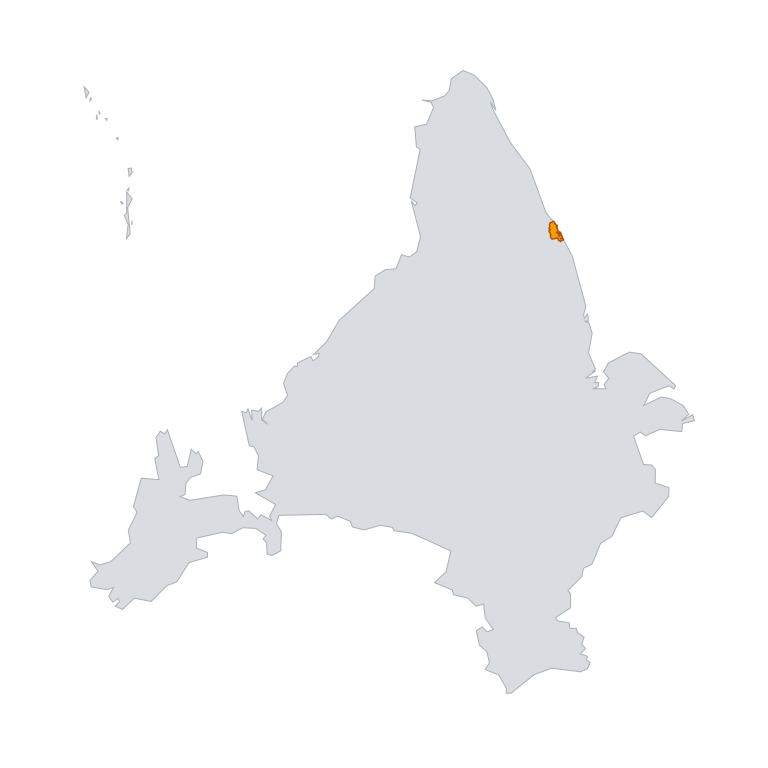 India, with Goa highlighted, rotated 176°
{"feature_id": "IND-3265", "entity_name": "Goa", "entity_type": "State", "adm_level": 1, "iso_a3": "IND", "parent_name": "India", "parent_adm1": "", "projection": "albers", "projection_center": [74.008, 15.335], "detail": "fine", "context": "in_parent", "style": "filled", "palette": "amber", "viewbox_px": 768, "rotation_deg": 176, "n_neighbors": 0, "source": "natural_earth", "source_scale": "10m", "svg_char_len": 5907}
<svg xmlns="http://www.w3.org/2000/svg" viewBox="0 0 768 768"><g transform="rotate(176 384 384)"><path d="M76.9,325.8L88.9,323.6L90.3,315.7L112.1,319.5L126.9,314.1L131.7,318.2L138.7,314.6L130.7,285.6L122.6,284.5L119.2,279.8L120.4,266.3L107.0,260.7L107.8,252.1L126.4,232.0L134.6,239.3L157.2,233.9L167.2,216.2L179.0,210.0L189.1,189.7L198.0,186.2L199.8,178.6L215.0,165.2L212.6,161.9L213.4,147.8L229.2,139.0L227.3,135.5L216.0,132.9L215.5,127.1L209.2,126.9L208.1,122.0L202.0,117.6L205.0,110.7L201.4,106.0L207.0,101.1L200.0,98.2L201.4,94.7L197.7,91.6L201.1,85.7L208.0,83.2L236.7,88.8L254.6,83.5L278.8,66.7L283.7,67.0L283.2,71.9L289.9,85.8L303.1,92.1L298.3,98.5L300.0,109.7L307.0,116.8L309.1,131.5L303.0,134.8L298.4,129.6L292.0,131.4L299.4,143.7L299.9,157.7L307.4,155.8L315.6,164.7L329.3,168.9L330.3,173.8L347.5,182.3L335.2,192.4L328.9,212.8L366.9,233.2L384.4,237.0L385.7,240.4L397.5,243.3L414.3,239.8L425.4,243.6L427.3,249.4L439.3,255.4L446.1,253.0L451.2,258.0L498.0,260.3L501.0,252.3L496.6,243.3L498.7,224.7L507.7,220.8L512.5,222.5L512.1,233.5L515.4,237.9L512.4,241.3L521.6,248.8L534.8,250.5L546.7,245.3L555.2,247.4L581.6,243.4L582.5,233.4L571.8,228.2L572.2,223.6L591.1,219.3L604.4,201.2L614.8,198.0L631.5,183.3L648.0,187.8L660.5,177.3L667.6,181.1L663.2,185.3L663.8,188.8L669.8,185.3L673.4,191.4L668.0,200.0L674.6,198.2L690.2,202.0L691.1,208.3L682.4,217.2L688.2,227.3L680.0,223.3L668.8,226.0L648.0,243.2L649.3,255.8L639.2,273.3L642.5,279.2L632.7,307.0L615.2,304.3L617.9,325.5L613.8,328.2L615.2,346.5L610.4,352.5L606.1,349.6L603.3,353.4L592.9,315.0L586.1,315.5L580.8,332.2L576.4,327.5L574.0,329.8L570.0,319.2L573.3,307.2L584.0,304.0L588.4,298.7L590.2,287.7L595.2,285.8L585.8,281.5L551.7,284.5L538.6,282.4L537.3,267.6L533.6,261.7L531.4,266.6L527.6,266.9L519.5,258.2L515.8,262.1L505.6,255.7L507.4,260.0L500.6,271.4L519.9,284.4L509.5,286.8L501.1,300.2L516.6,307.2L514.2,321.2L518.2,330.5L522.7,331.8L527.8,366.7L523.4,364.9L521.3,368.8L518.2,356.6L517.7,367.3L511.1,365.5L507.7,368.5L508.6,356.8L502.7,351.8L507.8,357.3L503.7,364.4L485.8,373.0L481.0,379.4L484.2,391.6L479.8,400.8L472.1,408.3L469.2,407.4L468.7,411.1L455.0,416.5L453.2,412.1L447.8,415.4L446.5,419.2L452.2,418.2L438.1,430.5L424.4,450.5L387.1,479.8L385.3,492.3L374.5,498.0L363.9,498.2L357.5,511.8L350.0,508.9L342.2,513.4L337.3,528.3L344.0,564.9L340.5,559.7L338.4,562.3L344.9,567.8L331.5,615.6L335.1,618.1L335.4,638.3L323.5,640.2L315.3,656.3L317.3,661.6L326.3,664.6L316.4,663.1L303.6,667.2L298.4,672.2L295.6,683.9L283.2,691.2L272.7,685.9L260.7,672.5L255.3,659.9L253.3,649.0L258.4,657.9L255.7,649.1L241.1,616.0L223.3,588.3L210.5,543.6L200.8,530.2L198.2,516.6L194.8,515.5L187.2,498.1L177.2,447.5L180.1,438.8L179.4,435.7L176.3,439.8L175.6,437.4L175.9,432.3L179.7,432.8L175.4,430.8L172.8,420.0L177.8,400.6L172.1,384.4L174.5,382.2L171.8,382.4L182.7,375.8L170.4,377.0L173.8,370.6L169.9,370.5L170.6,366.3L176.2,364.7L162.7,363.7L164.6,367.9L159.4,374.0L164.1,380.7L158.8,389.3L137.2,398.7L125.5,396.2L93.3,362.1L95.1,358.8L99.9,362.4L119.5,356.2L126.4,344.4L108.5,351.7L99.3,349.5L86.7,341.3L82.1,332.5L90.0,326.2L78.2,331.8L76.9,325.8ZM627.3,593.7L622.3,586.3L627.4,577.7L626.7,551.4L630.9,546.7L628.1,561.0L631.3,570.1L628.7,572.7L627.3,593.7ZM661.2,690.1L662.4,701.3L657.9,695.5L661.2,690.1ZM624.2,616.7L621.2,617.2L620.4,612.5L623.7,608.8L624.2,616.7ZM649.3,673.2L649.4,676.5L648.4,673.5L649.3,673.2ZM652.5,668.4L651.7,672.8L651.6,668.2L652.5,668.4ZM657.9,686.4L656.9,690.0L655.9,688.7L657.9,686.4ZM634.0,647.9L631.9,648.2L632.7,646.3L634.0,647.9ZM626.7,595.4L624.7,597.4L625.5,594.5L626.7,595.4ZM632.9,581.6L634.2,584.7L631.6,582.5L632.9,581.6ZM643.4,668.4L641.6,668.0L642.2,666.2L643.4,668.4ZM624.6,561.1L623.9,564.7L624.2,560.9L624.6,561.1Z" fill="#d9dde1" stroke="#a8b0b8" stroke-width="1"/><path d="M203.9,534.5L203.7,534.4L202.7,533.7L202.6,533.4L202.6,533.1L202.7,532.4L202.6,532.0L202.4,531.9L202.1,531.8L201.8,531.7L201.3,530.6L201.1,530.4L200.0,530.1L200.2,529.4L200.3,529.1L200.5,528.9L201.0,528.6L201.1,528.4L200.9,528.0L200.7,528.2L199.5,523.9L199.3,523.7L199.0,523.6L198.5,523.6L198.1,523.4L197.7,523.2L197.1,522.4L198.3,522.5L198.5,522.5L198.8,522.5L199.0,522.6L199.3,522.7L199.7,522.5L200.4,522.7L200.7,523.0L200.9,523.4L201.0,523.4L201.2,523.2L200.5,522.4L200.3,522.2L199.4,521.8L199.2,521.8L198.9,521.8L198.7,521.8L198.7,521.7L198.4,521.5L197.6,521.4L197.4,521.5L197.3,521.2L197.5,520.9L197.6,520.6L197.8,520.4L198.1,520.3L199.1,520.1L198.9,519.9L198.8,519.7L198.9,519.4L197.4,520.3L197.1,520.5L196.7,520.4L196.4,520.0L196.5,519.4L196.1,518.9L196.0,518.7L196.0,518.3L196.0,518.0L196.1,517.9L196.3,517.8L196.3,517.6L196.6,517.3L197.2,517.0L198.3,516.7L197.5,516.6L197.1,516.6L196.9,516.8L196.7,516.9L196.0,517.4L195.8,517.5L195.6,517.4L195.4,517.0L195.2,516.5L195.0,515.8L194.9,515.6L194.9,515.4L195.2,515.1L195.7,514.9L196.8,514.8L197.1,514.8L197.3,514.7L197.7,514.0L197.8,513.9L198.0,513.8L198.3,514.3L198.4,514.5L198.6,514.6L199.2,514.8L199.5,514.9L199.7,515.0L199.9,515.2L200.0,515.5L200.2,516.6L200.4,517.0L200.6,517.2L201.1,517.6L201.4,517.7L201.7,517.7L202.0,517.6L203.3,517.1L204.2,517.1L204.5,517.2L204.8,517.2L205.0,517.1L205.3,517.0L205.6,516.8L205.8,516.8L206.3,516.9L207.0,517.3L207.1,517.5L207.4,518.3L207.6,519.6L207.7,519.9L207.6,520.3L207.4,520.6L207.2,521.0L207.2,521.4L207.5,521.6L207.6,521.8L207.7,522.0L207.7,522.3L207.7,522.6L207.7,522.8L207.7,523.0L207.8,523.2L208.4,523.8L208.5,524.0L208.6,524.3L208.7,525.2L208.7,525.4L208.6,525.6L208.4,525.7L208.2,525.8L207.5,525.9L207.4,526.0L207.3,526.4L207.4,526.5L207.5,526.7L208.1,527.1L208.3,527.3L208.5,527.5L208.4,527.8L208.4,528.0L207.8,529.1L207.8,529.3L207.7,529.6L207.7,529.8L207.7,530.0L207.9,530.7L207.9,530.9L207.9,531.1L207.8,531.4L207.7,531.6L207.6,531.9L207.4,532.4L207.4,532.7L207.4,532.8L207.0,533.2L206.6,533.4L206.3,533.6L206.0,533.6L205.5,533.5L205.4,533.6L205.2,533.7L204.7,534.1L203.9,534.5Z" fill="#f59e0b" stroke="#b45309" stroke-width="1.5"/></g></svg>